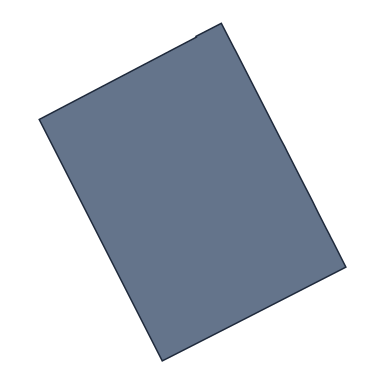 outline of Grant, Oklahoma, United States of America, rotated 63°
{"feature_id": "52423323B2994671035197", "entity_name": "Grant", "entity_type": "district", "adm_level": 2, "iso_a3": "USA", "parent_name": "United States of America", "parent_adm1": "Oklahoma", "projection": "robinson", "projection_center": [-97.776, 36.796], "detail": "fine", "context": "isolated", "style": "filled", "palette": "slate", "viewbox_px": 384, "rotation_deg": 63, "n_neighbors": 0, "source": "geoboundaries", "source_scale": "gbopen_adm2", "svg_char_len": 432}
<svg xmlns="http://www.w3.org/2000/svg" viewBox="0 0 384 384"><g transform="rotate(63 192 192)"><path d="M55.0,89.3L55.1,117.8L56.0,117.8L58.0,295.2L133.2,295.2L329.0,295.2L329.0,206.8L328.8,89.0L324.4,89.0L301.5,88.9L293.6,89.0L293.4,88.9L285.8,89.0L268.0,89.0L255.1,88.8L249.5,88.8L229.9,88.9L199.7,88.9L193.5,88.8L185.5,89.0L87.9,89.1L85.4,89.1L83.1,89.2L55.0,89.3Z" fill="#64748b" stroke="#1e293b" stroke-width="1.5"/></g></svg>